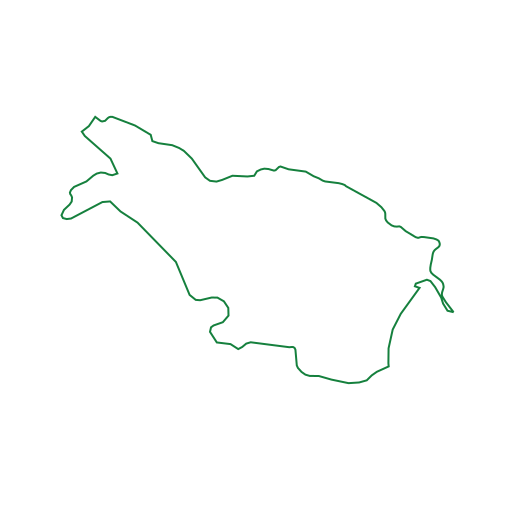 the border of Ferrara, rotated 19°
{"feature_id": "ITA-5363", "entity_name": "Ferrara", "entity_type": "Province", "adm_level": 1, "iso_a3": "ITA", "parent_name": "Italy", "parent_adm1": "", "projection": "robinson", "projection_center": [11.889, 44.768], "detail": "fine", "context": "isolated", "style": "outline", "palette": "green", "viewbox_px": 512, "rotation_deg": 19, "n_neighbors": 0, "source": "natural_earth", "source_scale": "10m", "svg_char_len": 2230}
<svg xmlns="http://www.w3.org/2000/svg" viewBox="0 0 512 512"><g transform="rotate(19 256 256)"><path d="M461.2,244.8L454.9,245.4L448.4,240.1L444.7,235.1L435.5,227.1L429.1,222.9L425.3,222.8L416.1,230.1L416.1,232.9L421.0,232.9L411.7,263.5L409.2,281.0L411.4,300.1L416.1,314.3L417.4,317.2L408.0,326.1L404.3,331.2L401.2,337.5L394.7,342.0L384.9,346.1L367.6,348.3L354.6,349.0L345.8,351.9L341.3,352.1L336.8,350.8L332.1,348.2L330.2,346.2L323.8,331.8L322.6,330.5L321.1,330.0L319.9,330.2L317.2,331.4L279.1,339.3L275.3,342.0L272.6,346.5L269.5,349.8L260.6,347.6L247.1,350.5L237.2,342.7L236.7,338.1L238.5,335.5L246.2,329.4L249.4,321.3L246.7,314.1L240.4,309.3L233.1,307.9L227.6,309.7L217.6,316.0L213.3,317.1L205.9,314.4L182.2,287.7L133.1,263.0L113.4,258.0L100.3,251.9L93.2,255.0L68.9,280.8L65.0,282.7L61.1,283.0L58.8,280.8L59.4,274.9L63.0,268.1L64.0,264.5L63.0,260.5L61.6,258.9L60.2,257.9L59.4,256.6L59.6,253.9L61.5,249.9L71.4,240.7L76.0,233.0L78.6,229.9L82.1,227.6L86.4,226.6L90.1,226.9L93.8,226.4L98.1,223.1L86.7,211.3L55.1,198.3L50.8,195.1L55.7,187.6L58.7,176.8L65.1,178.9L66.7,178.9L69.3,177.3L71.0,173.8L72.0,172.5L73.3,171.7L75.0,171.2L99.1,172.0L117.0,175.7L120.6,181.1L127.0,181.1L140.7,178.5L148.1,178.9L153.6,180.1L163.6,184.8L182.3,198.2L188.0,199.9L194.4,198.5L199.2,195.1L207.6,187.8L222.0,183.6L228.2,180.7L229.3,175.7L232.4,172.6L235.5,170.7L239.5,169.7L245.2,169.4L246.6,168.5L248.7,164.4L250.0,163.4L258.6,163.4L275.6,160.0L284.5,161.8L290.1,162.1L294.5,163.0L297.1,163.0L310.5,160.2L314.0,159.9L316.8,160.0L318.4,160.7L352.6,166.6L358.6,169.0L362.7,171.6L363.8,172.7L364.5,174.0L366.1,178.5L367.4,180.0L369.6,181.4L374.2,182.9L377.1,183.0L379.5,182.4L381.9,181.3L383.5,181.4L389.5,183.8L400.8,186.2L403.3,186.1L404.1,185.6L405.1,184.8L406.3,184.1L408.7,183.4L418.0,181.6L421.3,181.6L423.6,182.1L424.7,183.1L425.6,184.3L426.1,185.6L426.1,187.0L425.5,188.4L423.8,190.9L423.0,192.3L422.5,193.9L422.4,195.7L422.6,197.4L423.5,202.3L424.0,207.0L424.6,210.3L425.1,211.9L425.7,213.3L427.2,214.8L429.7,216.0L437.6,218.5L439.7,219.5L441.0,220.4L442.0,221.5L442.8,222.8L443.5,224.2L443.7,225.9L443.8,229.7L444.1,231.4L444.7,232.8L445.7,233.9L450.5,237.8L461.1,244.8L461.2,244.8Z" fill="none" stroke="#15803d" stroke-width="2"/></g></svg>